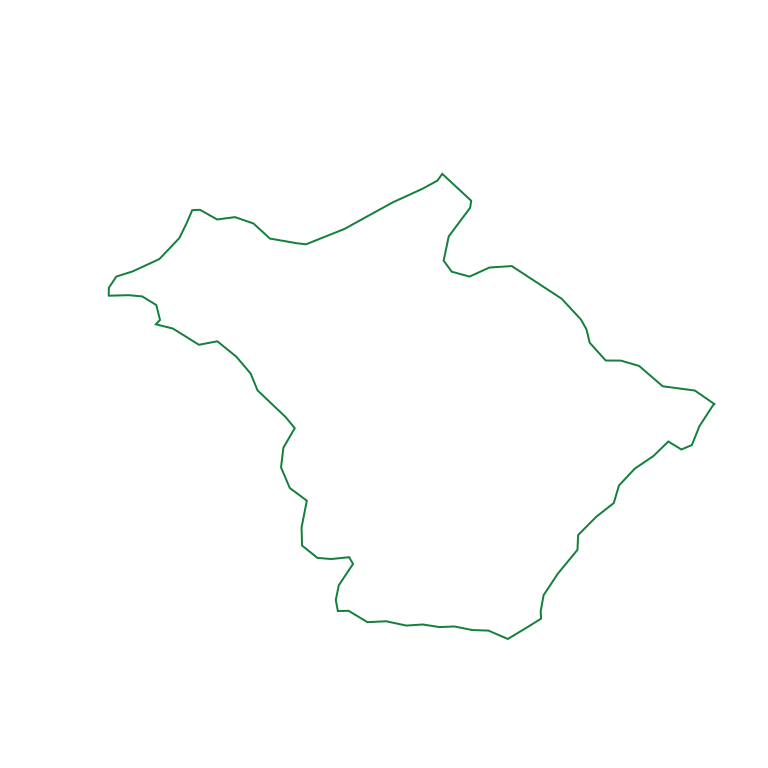 outline of Filipstad, Värmland, Sweden, rotated 311°
{"feature_id": "70781695B88737594548437", "entity_name": "Filipstad", "entity_type": "district", "adm_level": 2, "iso_a3": "SWE", "parent_name": "Sweden", "parent_adm1": "Värmland", "projection": "natural_earth1", "projection_center": [14.17, 59.924], "detail": "fine", "context": "isolated", "style": "outline", "palette": "green", "viewbox_px": 768, "rotation_deg": 311, "n_neighbors": 0, "source": "geoboundaries", "source_scale": "gbopen_adm2", "svg_char_len": 1306}
<svg xmlns="http://www.w3.org/2000/svg" viewBox="0 0 768 768"><g transform="rotate(311 384 384)"><path d="M279.4,172.7L287.3,188.2L292.2,218.6L306.9,230.2L307.7,254.9L304.4,276.5L296.2,292.8L294.5,331.4L292.1,345.6L269.9,349.9L253.5,361.0L243.7,381.1L245.3,402.3L221.5,416.0L208.3,428.2L209.1,447.9L217.3,459.0L230.4,471.3L227.9,478.7L202.5,481.9L189.4,489.3L182.4,498.1L189.6,506.1L193.4,527.8L206.2,541.1L216.4,559.4L228.0,571.1L236.9,585.3L247.2,596.2L256.2,612.0L266.4,624.6L272.8,644.7L293.4,651.4L310.0,656.5L315.2,651.4L329.3,643.0L355.0,639.6L385.8,638.8L397.4,629.6L423.1,631.3L444.9,635.5L461.6,627.9L484.7,628.8L506.5,634.6L527.1,636.3L529.7,651.4L539.9,656.4L559.2,649.7L583.6,646.3L585.6,646.5L583.0,622.9L565.1,595.8L565.0,564.8L557.1,547.5L547.2,535.9L550.1,512.1L558.0,501.1L561.9,490.2L564.9,462.0L556.8,403.0L541.0,387.1L521.2,378.1L513.2,361.5L516.2,348.1L537.9,336.0L573.5,333.4L579.5,329.6L580.8,290.1L572.6,290.9L556.5,284.9L527.0,271.5L500.1,261.6L475.3,252.5L438.3,233.5L433.0,225.8L418.9,202.5L419.5,180.2L412.2,162.1L398.7,150.1L394.7,130.8L389.4,125.2L388.8,125.4L376.0,129.5L359.9,133.8L331.0,132.5L304.2,120.5L289.5,111.5L276.1,113.2L270.2,118.2L270.1,118.4L283.5,133.0L291.5,144.1L294.2,160.4L285.4,172.9L279.4,172.7Z" fill="none" stroke="#15803d" stroke-width="2"/></g></svg>